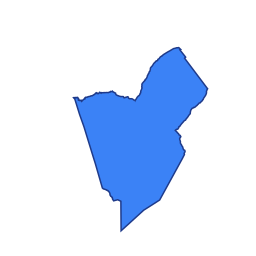 the district of Arrecifes, Buenos Aires, Argentina, rotated 207°
{"feature_id": "61730980B34566458401394", "entity_name": "Arrecifes", "entity_type": "district", "adm_level": 2, "iso_a3": "ARG", "parent_name": "Argentina", "parent_adm1": "Buenos Aires", "projection": "equal_earth", "projection_center": [-60.001, -34.007], "detail": "fine", "context": "isolated", "style": "filled", "palette": "blue", "viewbox_px": 256, "rotation_deg": 207, "n_neighbors": 0, "source": "geoboundaries", "source_scale": "gbopen_adm2", "svg_char_len": 5577}
<svg xmlns="http://www.w3.org/2000/svg" viewBox="0 0 256 256"><g transform="rotate(207 128 128)"><path d="M65.7,130.0L65.9,130.3L66.4,130.7L66.5,131.2L66.4,132.1L66.4,132.6L66.5,133.0L66.8,133.3L67.0,133.6L67.3,133.9L67.6,133.9L68.1,133.8L68.5,133.9L68.7,134.1L69.3,134.4L70.1,135.3L71.0,136.2L72.2,136.7L72.4,136.9L72.6,137.2L72.9,137.4L73.9,137.9L74.5,138.4L75.2,139.8L75.5,140.1L76.2,140.8L76.5,141.0L76.7,141.3L77.0,141.6L77.2,142.1L77.3,142.5L77.2,142.8L77.0,143.0L77.0,143.3L77.1,143.6L77.0,143.8L77.0,144.2L77.5,144.3L77.6,144.5L77.7,144.8L78.2,145.1L78.9,145.1L79.1,145.0L79.3,145.0L79.8,145.4L80.3,145.8L80.6,146.0L81.3,146.0L81.9,146.3L82.3,146.5L82.7,146.6L82.9,146.8L83.2,146.9L83.5,146.9L84.0,147.1L84.8,147.3L84.8,147.5L84.3,148.6L84.1,148.9L83.5,149.3L83.2,149.6L83.0,150.0L83.1,150.6L83.1,150.9L82.9,151.3L83.2,152.0L83.2,152.3L82.6,153.0L82.6,153.6L82.3,155.4L82.2,156.1L82.0,156.5L82.0,156.9L81.8,157.3L81.7,158.0L81.5,158.4L81.4,159.2L81.3,159.5L81.0,160.3L80.8,160.7L80.4,161.0L80.3,161.4L80.3,162.7L80.2,163.0L80.0,163.7L79.9,164.0L79.8,164.5L79.6,166.3L79.6,166.8L79.5,167.2L79.2,168.2L79.1,168.7L79.1,169.2L79.4,169.9L79.8,170.8L79.9,171.6L80.1,172.2L80.1,172.8L79.9,173.9L79.8,174.7L79.0,175.4L78.8,176.2L78.5,176.3L78.2,176.4L77.6,177.4L77.1,178.9L76.8,179.3L76.7,179.6L76.6,180.4L76.4,180.7L76.1,181.6L76.0,182.0L76.0,182.4L75.8,182.7L75.1,183.2L75.0,183.4L75.0,183.9L74.8,184.3L74.7,185.0L74.4,185.4L74.2,186.3L74.2,186.6L74.3,187.0L74.0,187.4L74.0,187.9L74.1,188.2L74.1,189.5L74.0,189.9L73.9,190.3L73.9,190.7L73.8,191.5L73.7,192.1L73.8,193.9L73.9,194.5L74.2,195.3L74.4,195.7L74.8,196.4L74.8,197.2L74.9,197.4L74.9,197.8L74.9,198.2L75.0,198.4L75.0,198.6L75.0,198.9L74.9,199.1L109.3,215.9L108.8,217.3L117.3,221.2L116.7,221.9L119.3,222.7L119.8,222.3L121.0,221.6L121.6,221.1L121.9,220.7L123.4,219.5L123.8,218.9L124.4,218.0L124.7,217.4L125.3,216.6L126.0,215.3L126.3,215.0L126.8,214.3L128.3,211.9L128.7,211.2L129.7,209.6L130.0,209.0L130.2,208.0L130.5,207.5L130.6,207.3L130.8,207.3L130.9,206.9L131.3,206.3L131.5,205.9L131.7,204.6L131.7,204.1L131.8,203.8L131.9,203.6L132.1,203.4L132.4,203.0L132.5,202.5L132.3,202.0L132.5,201.3L132.9,200.7L133.2,200.7L133.7,199.7L133.7,199.2L133.7,198.8L133.8,198.5L134.1,198.1L134.2,197.6L134.4,196.8L134.4,195.9L134.6,194.2L135.1,192.5L135.2,191.5L134.6,190.1L134.4,189.0L134.3,188.3L134.5,187.9L134.6,187.4L134.3,186.5L134.3,186.0L134.5,185.3L134.4,185.1L134.4,184.3L134.5,183.5L134.2,182.7L134.1,181.1L134.1,180.4L134.5,179.3L134.7,179.0L134.6,178.8L134.4,178.1L134.7,177.8L134.7,177.3L134.8,177.0L134.9,176.7L135.1,176.1L135.2,175.4L135.5,174.5L135.5,173.6L135.4,173.1L134.8,172.1L134.7,171.7L134.5,171.1L134.4,170.8L133.9,170.4L133.8,170.1L133.7,169.7L133.5,169.4L133.5,169.1L133.4,166.9L133.4,166.7L133.2,166.4L133.1,165.9L132.9,165.7L132.8,165.1L132.7,164.8L132.9,164.4L132.9,164.1L132.7,163.6L132.8,162.2L132.9,161.8L133.1,161.6L133.3,161.3L133.8,159.5L133.8,158.9L134.0,156.4L134.1,156.1L134.1,155.9L134.2,156.0L134.6,155.9L135.3,155.6L135.5,155.6L136.4,155.8L137.3,155.9L138.4,155.6L139.4,155.0L140.1,154.8L140.7,154.8L140.9,154.8L141.3,155.1L141.5,155.3L141.8,155.7L142.5,155.6L142.9,155.5L143.2,154.9L143.3,154.7L144.0,154.3L144.0,154.2L144.4,153.8L144.7,153.4L145.1,153.3L145.2,153.2L145.3,153.3L145.6,153.3L146.0,153.6L146.2,153.8L146.6,153.8L147.1,153.6L148.8,152.7L149.3,152.7L149.5,152.6L150.2,152.4L151.0,152.4L151.5,152.2L151.9,152.3L152.4,152.2L153.0,152.2L153.6,152.2L153.8,152.3L154.2,152.6L154.4,152.8L154.6,153.0L154.8,153.3L155.1,153.2L155.4,153.4L155.7,153.5L156.1,153.4L156.4,153.4L156.8,153.3L157.2,153.5L157.8,153.4L158.0,153.5L158.6,153.7L158.6,153.2L159.5,152.9L160.1,152.7L160.3,151.7L160.6,151.5L160.8,151.5L161.0,151.5L161.1,151.3L161.5,150.7L161.8,150.5L163.0,150.0L163.8,149.5L164.2,149.3L164.7,148.9L165.3,148.8L165.6,148.6L166.1,148.1L166.3,148.0L166.9,147.8L167.4,147.5L167.6,147.5L167.8,147.4L167.8,147.0L167.8,146.8L168.2,146.8L168.3,146.9L169.1,147.0L169.4,147.0L169.6,146.9L169.6,146.1L170.2,145.0L170.4,144.9L170.8,145.2L171.8,145.1L172.0,144.4L172.3,144.4L172.5,144.6L172.9,143.6L172.9,143.1L173.0,142.7L173.5,142.3L173.6,142.1L173.8,141.6L174.1,141.1L174.3,141.0L174.4,140.9L174.5,140.5L174.6,140.3L174.8,140.2L175.0,140.2L175.5,139.9L175.7,139.7L176.0,139.1L176.5,138.8L177.2,138.1L177.4,138.1L177.6,137.9L178.0,137.5L178.4,136.7L178.8,136.6L179.2,136.5L179.4,136.4L179.8,136.0L180.1,135.3L180.1,135.0L180.1,134.8L179.9,134.5L179.8,134.4L179.6,134.4L179.7,134.1L180.3,133.9L180.5,133.5L180.7,132.7L181.0,132.2L181.1,131.9L181.3,130.9L181.4,130.7L181.5,130.8L182.0,131.6L182.7,131.2L182.8,131.0L182.9,130.8L183.0,130.7L183.4,130.9L183.5,130.9L183.7,130.6L183.8,130.5L184.1,130.7L184.3,130.7L184.7,130.3L185.0,130.4L185.0,130.6L185.0,131.3L185.5,131.4L185.6,131.8L186.3,131.9L186.4,132.1L186.5,132.3L186.8,132.4L187.4,132.1L187.7,131.5L188.1,131.5L188.7,131.3L188.8,131.0L188.7,130.8L188.7,130.7L188.8,130.6L189.4,130.8L190.0,130.6L190.3,130.3L188.5,129.6L177.3,118.1L167.8,109.1L146.3,86.9L141.0,81.5L123.6,62.9L123.0,62.8L122.9,62.7L122.6,62.8L122.2,62.6L120.8,62.9L120.0,62.9L119.1,63.1L118.8,62.9L118.6,62.9L118.2,63.0L117.9,62.9L117.7,63.1L117.3,62.9L117.0,63.0L116.2,62.5L115.6,62.4L114.7,61.7L114.2,61.2L114.0,60.8L113.8,60.6L113.7,60.2L113.3,60.0L113.0,59.9L112.5,59.4L112.4,59.4L111.9,59.4L111.3,59.1L111.2,59.1L110.7,58.9L110.5,59.0L110.3,58.7L110.1,58.5L109.9,58.3L109.9,58.2L109.7,57.8L109.4,57.7L109.0,57.3L107.7,56.6L104.6,59.4L101.1,59.5L87.5,33.3L84.8,40.4L76.7,61.9L67.1,78.2L65.7,125.3L65.7,130.0Z" fill="#3b82f6" stroke="#1e3a8a" stroke-width="1.5"/></g></svg>